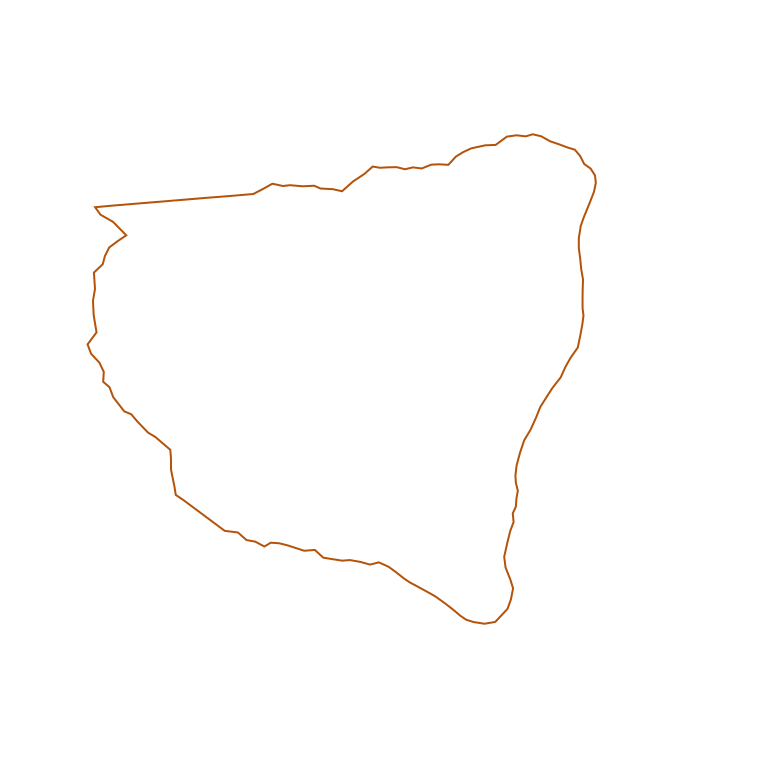 Maragogi, Alagoas, Brazil, rotated 341°
{"feature_id": "56859067B32459964326416", "entity_name": "Maragogi", "entity_type": "district", "adm_level": 2, "iso_a3": "BRA", "parent_name": "Brazil", "parent_adm1": "Alagoas", "projection": "albers", "projection_center": [-35.259, -8.967], "detail": "fine", "context": "isolated", "style": "outline", "palette": "amber", "viewbox_px": 768, "rotation_deg": 341, "n_neighbors": 0, "source": "geoboundaries", "source_scale": "gbopen_adm2", "svg_char_len": 1966}
<svg xmlns="http://www.w3.org/2000/svg" viewBox="0 0 768 768"><g transform="rotate(341 384 384)"><path d="M168.4,122.8L171.1,131.7L180.6,142.5L188.7,159.5L178.7,162.2L168.7,165.4L161.9,172.0L157.0,179.2L146.0,184.2L141.7,200.0L135.9,210.6L131.9,224.4L129.0,241.6L116.6,250.0L116.9,260.0L121.9,271.3L123.0,281.3L119.2,290.5L123.4,297.6L123.7,308.3L129.5,325.3L135.2,330.4L138.6,339.2L145.1,353.2L150.5,359.6L160.5,376.6L158.5,384.5L154.7,395.8L152.4,413.1L151.0,421.1L156.3,428.1L185.6,471.0L197.5,476.8L203.2,486.8L210.9,491.1L218.0,498.7L225.3,497.2L232.9,500.4L239.9,504.9L254.3,515.7L264.6,518.4L270.1,528.5L286.9,537.4L294.5,539.4L303.7,544.5L312.0,550.2L321.1,551.0L328.8,558.3L334.2,566.0L339.1,573.7L343.7,579.9L349.1,585.7L355.5,592.7L363.2,601.3L370.5,611.6L376.1,620.2L380.7,627.9L384.9,633.6L391.3,638.3L401.0,643.4L411.7,645.2L421.2,640.2L427.6,636.8L433.8,629.1L439.5,619.3L439.8,610.1L439.2,597.0L441.4,586.5L448.7,574.6L455.5,564.1L461.6,556.7L463.6,548.3L468.8,542.8L471.9,535.5L475.8,528.5L476.5,520.4L478.4,513.5L482.9,504.1L490.2,493.3L498.2,482.9L507.4,475.2L517.0,465.1L524.2,456.7L534.9,448.1L542.2,442.4L553.2,435.3L561.1,426.9L568.9,420.0L579.1,412.6L585.7,401.5L591.0,392.1L594.9,384.2L596.4,377.1L599.8,367.1L602.9,358.6L606.2,350.0L607.8,340.0L610.5,328.5L612.5,318.7L615.7,309.5L621.5,298.6L627.2,291.4L633.0,284.8L638.4,278.6L645.2,270.5L649.8,262.7L651.4,255.4L649.5,247.6L644.9,241.1L643.7,232.3L640.7,224.6L634.2,219.9L628.1,214.8L620.1,208.6L613.2,200.9L605.9,196.3L598.7,196.0L590.3,192.0L580.7,190.1L567.4,194.3L557.5,191.3L543.3,189.6L534.5,190.5L526.2,192.3L516.2,197.7L507.8,194.3L500.2,192.0L489.9,192.5L481.9,188.6L473.8,187.8L466.6,183.1L458.2,180.4L450.5,178.2L444.1,174.7L434.1,178.9L420.7,182.4L407.1,188.1L399.0,183.1L387.6,178.5L382.5,173.8L371.5,170.6L359.8,165.4L352.9,163.9L343.7,158.3L333.0,160.2L322.3,161.8L291.8,154.1L275.7,149.9L186.0,127.1L168.4,122.8Z" fill="none" stroke="#b45309" stroke-width="2"/></g></svg>